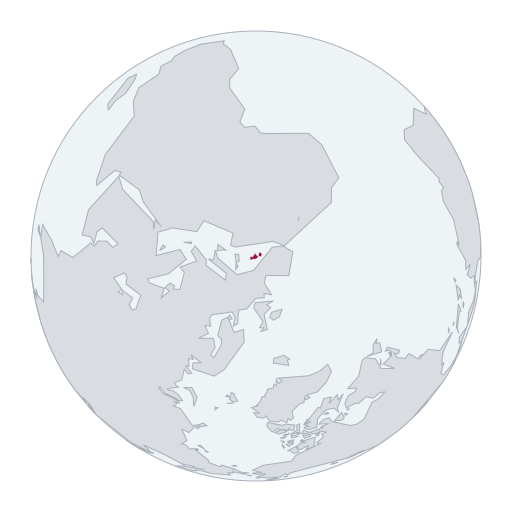 the Earth from above Baleares, rotated 185°
{"feature_id": "ESP-5808", "entity_name": "Baleares", "entity_type": "Autonomous Community", "adm_level": 1, "iso_a3": "ESP", "parent_name": "Spain", "parent_adm1": "", "projection": "orthographic", "projection_center": [2.709, 39.359], "detail": "fine", "context": "on_globe", "style": "filled", "palette": "rose", "viewbox_px": 512, "rotation_deg": 185, "n_neighbors": 0, "source": "natural_earth", "source_scale": "10m", "svg_char_len": 11433}
<svg xmlns="http://www.w3.org/2000/svg" viewBox="0 0 512 512"><g transform="rotate(185 256 256)"><circle cx="256" cy="256" r="225" fill="#eef3f6" stroke="#a8b0b8"/><path d="M56.5,151.3L59.3,146.3L86.1,108.2L71.7,126.4L81.3,113.8L92.5,101.1L101.1,92.5L119.0,77.6L136.7,68.3L130.8,72.2L135.7,70.0L143.4,65.3L147.2,62.8L174.5,53.1L200.9,43.7L206.1,40.4L207.4,41.9L215.3,36.0L227.6,33.2L215.5,36.8L215.7,37.6L225.0,35.6L227.3,36.1L233.0,35.6L234.9,36.5L227.7,39.2L228.7,40.1L235.2,38.6L241.2,39.2L231.5,41.0L240.8,42.3L230.5,48.2L203.0,54.6L199.1,60.6L175.4,75.0L179.4,75.2L172.9,81.6L175.1,84.4L170.1,86.8L176.1,87.1L180.3,84.5L184.3,83.8L186.0,85.4L179.9,88.6L178.2,88.2L177.2,90.0L173.5,91.0L176.3,91.4L168.7,95.4L178.6,94.0L174.5,99.2L168.8,101.2L166.4,97.7L147.2,95.4L140.8,97.3L134.1,103.0L127.8,120.2L121.8,124.1L116.0,131.7L120.6,130.8L126.8,124.6L134.0,125.4L140.7,118.3L144.6,117.8L152.7,112.3L154.6,117.0L152.2,124.6L145.5,129.5L144.2,133.2L153.1,131.9L143.3,145.1L141.2,161.1L138.3,164.4L127.9,163.9L121.4,154.7L108.0,156.2L119.8,159.4L112.4,168.5L112.5,172.0L114.8,174.2L118.8,172.5L117.0,176.7L104.5,174.7L106.0,170.7L110.0,171.3L106.8,167.3L98.4,166.9L95.3,172.1L85.8,167.7L83.5,171.5L80.1,173.0L84.5,167.1L76.4,178.0L64.8,177.8L53.7,197.4L61.2,176.8L61.7,169.8L61.4,163.5L59.4,166.5L61.6,155.5L59.0,153.7L51.3,165.3L45.2,179.5L43.4,189.9L46.0,186.6L46.5,192.6L39.4,204.4L39.2,219.5L35.3,231.0L34.4,241.3L35.9,245.8L37.0,255.5L40.1,252.6L44.0,255.9L41.7,266.5L45.8,260.9L46.7,270.0L56.1,283.8L54.7,285.2L62.2,309.2L74.2,326.9L76.9,337.3L75.1,340.5L80.1,346.0L80.2,349.1L103.5,369.6L118.1,384.7L119.5,394.7L110.9,399.8L111.7,417.0L98.6,412.0L101.1,417.4L100.9,419.4L89.6,407.8L79.1,395.5L69.5,382.4L60.9,368.7L53.4,354.4L49.1,345.2L45.8,336.9L36.8,307.9L33.3,289.6L32.9,282.8L32.1,275.0L34.8,269.5L35.9,253.2L35.5,247.9L33.9,249.9L34.2,230.0L36.8,215.5L49.8,165.4L56.5,151.3ZM50.2,202.9L50.2,226.0L47.0,219.1L48.2,219.0L48.9,211.7L49.0,201.6L47.1,196.4L50.2,202.9ZM57.3,199.1L57.0,195.9L57.7,198.3L57.3,199.1ZM148.6,61.7L143.3,65.2L135.6,69.6L139.7,66.5L148.6,61.7ZM163.6,54.8L161.8,56.2L156.4,57.7L159.1,56.4L163.6,54.8ZM209.4,38.2L204.7,39.6L208.5,38.2L209.4,38.2ZM233.5,35.4L234.2,34.9L236.9,34.9L233.5,35.4ZM151.1,110.3L151.8,111.3L149.9,111.7L151.1,110.3ZM153.8,107.1L151.1,106.9L152.0,105.4L153.7,105.5L153.8,107.1ZM242.2,36.5L246.4,36.9L240.9,36.9L242.2,36.5ZM157.1,107.7L154.0,102.7L155.6,100.1L163.5,98.6L157.1,107.7ZM248.0,37.5L258.2,38.9L260.5,37.8L259.8,42.2L251.3,39.2L244.2,39.2L248.2,38.4L248.0,37.5ZM180.9,83.0L176.5,85.9L178.6,82.1L180.9,83.0ZM181.2,80.7L181.9,71.0L189.2,67.8L187.5,71.6L195.6,66.7L198.8,70.0L195.1,73.4L189.7,74.6L195.0,75.0L181.2,80.7ZM257.8,44.7L259.2,45.6L256.4,45.2L257.8,44.7ZM186.1,83.3L185.6,81.4L191.8,78.5L194.0,81.8L191.3,81.6L186.1,83.3ZM196.2,64.1L201.2,62.7L205.2,64.9L207.7,64.7L199.5,69.8L196.2,64.1ZM190.7,83.1L194.9,83.5L193.5,86.5L187.0,85.0L190.7,83.1ZM192.5,76.5L195.6,75.3L194.6,77.0L192.5,76.5ZM190.7,97.7L190.0,95.1L193.1,93.3L190.7,97.7ZM196.6,83.5L197.1,82.6L198.2,81.7L200.6,82.6L196.6,83.5ZM202.9,71.1L203.5,72.5L206.4,69.1L209.5,70.9L203.5,74.1L207.4,73.5L208.4,74.0L202.4,76.1L202.9,71.1ZM206.6,81.0L200.0,86.1L200.7,91.0L197.9,92.6L197.3,84.5L206.6,81.0ZM204.7,77.9L205.2,80.1L201.4,80.8L198.7,79.8L204.7,77.9ZM213.8,71.1L210.6,67.5L212.0,67.0L213.8,71.1ZM207.6,82.2L209.1,80.9L208.1,82.4L207.6,82.2ZM212.7,74.2L211.4,73.0L213.1,72.4L212.7,74.2ZM213.4,79.7L211.2,81.2L209.3,80.5L213.4,79.7ZM213.7,77.0L216.3,76.6L209.9,79.3L212.8,76.5L213.7,77.0ZM214.5,73.9L215.1,73.1L214.8,74.5L214.5,73.9ZM221.9,81.9L214.3,85.5L210.1,83.7L218.0,80.4L221.9,81.9ZM409.1,90.7L410.5,92.1L405.1,87.3L406.3,88.9L402.3,85.7L410.3,93.8L404.9,89.6L413.8,98.5L416.5,100.0L411.4,94.0L421.4,104.1L423.3,105.2L425.2,107.3L435.8,120.3L445.4,134.0L453.9,148.4L455.4,151.2L457.1,154.5L457.4,155.4L462.4,166.5L464.3,170.2L473.3,196.7L473.3,197.7L476.9,212.0L477.0,212.3L478.1,218.4L478.1,218.5L475.6,206.7L470.9,194.7L472.4,204.3L469.9,197.7L463.7,191.6L464.6,205.5L467.6,237.8L472.1,255.9L471.3,268.9L460.5,253.1L453.1,238.2L450.8,244.4L438.3,238.5L421.6,254.7L417.7,251.7L414.9,257.1L405.9,257.8L399.4,252.1L394.6,256.1L411.5,270.6L416.5,266.3L418.5,254.4L422.5,260.8L431.0,261.7L426.9,287.4L399.6,323.5L394.5,310.6L361.1,281.1L360.8,275.9L360.5,275.4L360.0,274.6L359.4,283.4L352.8,276.9L373.3,300.4L377.8,311.6L399.2,324.6L397.8,327.7L404.0,329.0L420.8,312.5L421.4,317.2L415.0,343.9L389.5,384.7L391.6,399.5L387.4,413.4L368.6,428.9L367.2,436.9L357.1,443.2L354.4,447.8L344.6,454.7L329.2,462.3L306.4,467.6L307.3,464.6L299.4,459.5L289.5,441.2L297.8,429.5L296.7,420.8L279.9,401.4L283.8,388.2L278.7,383.2L268.5,385.3L262.3,378.9L255.9,379.0L214.4,382.8L200.3,372.6L180.3,341.3L186.8,330.4L185.6,315.9L228.5,268.8L240.3,272.0L277.2,263.1L282.3,264.4L280.9,276.8L310.9,286.6L317.1,275.1L341.4,276.7L355.7,271.3L355.6,247.7L332.2,255.9L325.2,246.5L341.7,230.6L361.8,223.8L359.7,220.0L344.6,215.7L346.7,206.1L339.1,213.6L344.0,216.5L339.4,221.6L334.6,219.3L335.5,215.8L328.8,216.1L326.0,233.5L330.7,238.3L314.6,245.9L320.9,255.0L317.4,260.8L305.4,247.9L304.7,242.2L284.5,229.3L283.8,235.9L302.8,248.7L297.9,248.4L297.1,258.3L293.9,250.6L273.3,235.7L257.1,241.4L240.7,266.1L230.3,268.3L219.7,263.5L221.5,239.3L244.4,237.4L245.4,229.7L237.1,218.7L244.8,219.4L244.2,215.0L252.5,213.9L260.7,202.5L268.6,200.5L268.4,186.9L272.5,184.3L271.4,192.9L275.0,198.2L294.2,193.8L296.9,190.3L295.2,182.1L300.8,182.3L296.7,174.9L306.1,169.0L291.2,170.3L288.8,161.5L292.6,153.5L289.1,151.0L282.9,164.3L282.9,169.5L287.1,173.5L284.6,189.0L278.7,192.6L271.2,177.9L262.1,181.7L260.2,169.3L278.0,139.8L287.2,132.7L309.6,138.1L309.4,144.1L301.3,144.9L312.0,151.7L309.6,147.5L314.2,147.9L313.1,140.4L316.2,140.4L309.7,133.4L313.5,132.6L317.6,137.0L319.2,126.0L326.1,122.8L324.9,120.4L321.7,118.7L332.7,116.2L331.3,114.6L327.2,114.7L321.8,111.6L316.6,105.5L320.7,105.0L323.1,107.1L334.4,111.2L340.2,117.4L341.4,116.7L337.2,111.2L323.5,106.1L319.2,102.6L325.8,104.1L323.1,103.3L322.2,101.5L325.2,99.3L318.0,97.4L303.0,79.7L307.3,74.3L314.8,77.2L308.7,66.2L314.0,62.2L310.2,62.1L304.6,57.6L302.9,58.7L300.7,58.4L285.7,48.6L285.3,46.3L274.6,43.2L272.6,43.3L272.3,44.7L259.8,42.2L260.5,37.8L264.9,37.6L262.4,35.5L272.8,35.7L280.2,35.3L293.1,37.6L297.9,37.6L296.3,36.8L301.6,36.6L318.0,39.8L311.7,40.4L288.5,38.9L298.6,39.5L298.3,40.5L303.2,41.6L310.1,42.3L309.6,41.6L331.3,50.8L352.0,58.1L345.6,53.4L347.1,52.6L365.1,59.7L398.2,81.9L400.6,83.2L402.4,84.7L409.1,90.7ZM217.1,294.7L216.6,299.2L217.1,294.7ZM385.5,227.7L395.9,222.0L386.9,211.1L390.1,208.2L385.9,205.8L386.2,210.4L375.2,203.3L378.1,196.5L374.6,191.3L370.9,193.0L367.4,206.9L383.1,216.8L382.6,223.9L385.5,227.7ZM56.4,284.2L57.3,287.9L55.5,285.7L56.4,284.2ZM45.0,222.2L45.7,225.5L45.6,228.7L44.7,226.9L45.0,222.2ZM55.5,247.4L57.2,251.7L54.7,249.1L55.5,247.4ZM50.6,229.4L54.1,244.4L49.5,240.6L47.5,231.3L49.8,235.2L50.6,229.4ZM53.6,203.6L53.7,206.3L52.6,207.6L53.6,203.6ZM57.8,200.9L57.5,200.3L58.1,197.8L57.8,200.9ZM113.1,168.6L114.1,168.9L115.6,171.8L113.4,171.8L113.1,168.6ZM131.6,177.7L128.1,184.5L129.0,179.4L125.3,180.4L122.5,171.5L136.7,165.7L130.7,169.7L131.6,177.7ZM122.7,158.7L122.9,164.6L122.1,158.5L122.7,158.7ZM233.0,193.5L237.0,196.1L235.5,201.3L225.4,205.2L227.5,197.5L233.0,193.5ZM242.9,198.7L238.3,183.8L244.3,181.3L241.7,185.1L246.2,184.9L243.2,191.2L253.6,203.9L252.9,209.4L234.7,212.8L241.0,208.4L236.8,205.9L242.9,198.7ZM215.7,155.1L213.7,149.9L229.4,150.8L229.4,155.6L219.4,159.5L213.5,156.1L215.7,155.1ZM171.5,106.6L169.7,105.5L171.4,104.5L174.3,104.6L171.5,106.6ZM190.1,96.6L180.9,110.8L178.5,110.1L176.1,119.9L168.6,122.1L170.4,115.5L162.9,124.9L161.5,119.8L157.1,126.5L161.9,111.7L160.4,108.0L164.9,111.2L171.8,109.3L174.4,107.3L180.4,99.2L180.5,90.7L187.4,87.9L192.2,88.2L193.2,89.7L188.4,91.0L193.2,92.2L187.1,95.3L190.1,96.6ZM244.6,99.8L238.6,99.4L247.2,104.7L241.1,106.8L242.5,107.3L239.2,110.9L237.7,116.3L234.5,116.6L235.2,118.6L233.1,121.2L233.1,124.2L227.4,126.0L226.9,129.8L224.4,128.5L225.1,134.7L222.0,131.0L219.0,134.3L223.6,136.2L192.8,141.3L182.2,147.2L175.1,154.4L170.8,147.7L174.7,136.9L183.0,125.9L193.8,121.5L189.9,119.6L193.9,117.0L195.3,119.6L195.5,114.1L199.2,112.8L206.6,104.5L204.6,98.0L207.3,95.1L209.9,97.0L210.7,92.8L217.4,94.5L219.5,92.5L228.2,92.5L232.0,97.7L234.0,95.2L240.7,95.4L244.6,99.8ZM224.3,82.0L230.3,87.2L229.9,91.1L214.9,89.6L212.1,91.2L202.6,90.9L203.3,85.4L206.0,85.9L208.8,85.2L207.4,87.2L210.6,85.1L214.4,85.8L217.9,84.5L218.8,86.5L224.3,82.0ZM286.4,259.2L290.0,259.1L295.2,257.6L294.8,264.1L286.4,259.2ZM272.2,249.3L275.2,248.0L277.2,255.9L273.4,256.2L272.2,249.3ZM275.2,240.9L275.2,247.4L273.0,244.1L275.2,240.9ZM274.1,191.5L277.1,189.9L278.1,191.7L277.2,194.9L274.1,191.5ZM268.8,118.0L265.4,116.7L265.9,115.5L261.4,110.1L265.6,108.4L269.9,110.9L268.8,118.0ZM352.6,253.0L349.5,258.8L346.9,257.5L348.5,255.8L352.6,253.0ZM321.5,262.7L329.4,263.4L321.3,264.4L321.5,262.7ZM272.6,115.2L270.2,113.1L273.8,113.6L272.6,115.2ZM268.4,106.9L272.3,106.8L265.6,107.5L268.4,106.9ZM416.9,394.4L398.9,422.0L390.8,426.8L391.7,422.0L400.0,407.0L410.1,397.7L415.8,388.5L416.9,394.4ZM480.2,234.4L480.0,233.0L479.7,229.1L480.2,234.4ZM472.7,256.9L475.7,263.6L474.9,268.3L472.7,256.9ZM461.4,163.5L460.4,161.3L458.6,157.4L461.4,163.5ZM304.8,100.9L306.4,110.0L310.3,116.2L316.8,118.8L308.3,119.4L302.3,109.9L304.8,100.9ZM302.8,82.2L297.1,80.5L299.0,79.1L300.6,79.2L302.8,82.2ZM299.8,82.7L293.8,84.9L290.2,82.6L295.6,81.3L299.8,82.7ZM283.4,99.3L283.6,102.0L280.7,101.5L283.4,99.3ZM369.5,61.4L359.0,55.9L353.8,53.0L354.1,53.2L364.7,58.7L364.9,58.8L366.4,59.6L369.5,61.4ZM354.7,53.7L356.8,55.0L344.4,51.9L340.5,50.7L347.1,50.7L349.5,52.1L353.5,53.6L354.7,53.7ZM261.1,45.0L259.4,45.6L259.5,44.6L261.1,45.0ZM299.8,59.1L296.8,58.5L297.0,57.2L299.8,59.1ZM288.5,56.4L290.4,58.3L286.7,56.5L288.5,56.4ZM294.8,62.6L290.3,59.1L297.0,62.2L294.8,62.6Z" fill="#d9dde1" stroke="#a8b0b8" stroke-width="1"/><path d="M257.9,254.3L258.0,254.3L258.3,254.5L258.3,254.8L258.2,254.9L258.1,255.0L257.9,255.3L257.8,255.5L257.7,255.8L257.7,255.7L257.7,255.9L257.6,256.0L257.3,256.2L257.2,256.3L257.0,256.2L256.9,256.2L256.7,256.0L256.4,256.0L256.2,255.9L256.1,255.6L256.1,255.4L255.9,255.2L255.6,255.3L255.5,255.5L255.4,255.6L255.3,255.4L255.2,255.3L254.9,255.2L255.2,254.9L255.3,254.8L255.4,254.7L255.5,254.6L255.7,254.4L255.8,254.4L256.0,254.2L256.3,254.0L256.5,253.9L256.8,253.8L257.1,253.7L257.4,253.6L257.5,253.7L257.4,253.7L257.3,253.8L257.2,253.8L257.3,254.0L257.5,253.9L257.5,254.0L257.4,254.0L257.3,254.3L257.5,254.4L257.6,254.5L257.8,254.5L257.8,254.4L257.9,254.3ZM260.8,253.7L260.8,253.8L260.9,254.0L260.9,253.9L260.8,254.1L260.6,254.2L260.4,254.1L259.9,253.7L259.7,253.7L259.5,253.8L259.4,253.7L259.3,253.4L259.6,253.2L259.6,253.3L259.9,253.2L260.0,253.2L260.3,253.3L260.4,253.2L260.4,253.3L260.5,253.3L260.7,253.5L260.8,253.7L260.8,253.7ZM252.6,257.0L252.7,257.3L252.4,257.5L252.2,257.7L252.2,257.8L252.1,257.7L252.1,257.8L252.0,258.0L251.9,258.0L251.8,257.9L251.7,257.9L251.4,257.8L251.5,257.7L251.4,257.6L251.5,257.5L251.7,257.3L251.7,257.2L251.8,257.2L252.0,257.1L252.3,257.0L252.3,256.9L252.5,257.0L252.6,257.0ZM252.4,258.7L252.5,258.6L252.5,258.8L252.4,258.8L252.2,258.7L252.0,258.8L251.9,258.8L251.9,258.7L252.0,258.6L251.9,258.5L252.0,258.4L252.0,258.5L252.1,258.4L252.2,258.6L252.4,258.7ZM256.8,256.8L256.8,257.0L256.7,256.9L256.7,256.7L256.8,256.7L256.8,256.8Z" fill="#f43f5e" stroke="#9f1239" stroke-width="1.5"/></g></svg>